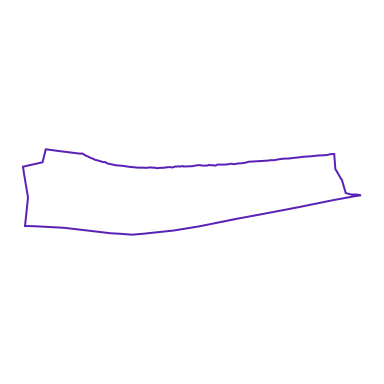 San Mateo del Mar, Oaxaca, Mexico
{"feature_id": "50627088B86226245749853", "entity_name": "San Mateo del Mar", "entity_type": "district", "adm_level": 2, "iso_a3": "MEX", "parent_name": "Mexico", "parent_adm1": "Oaxaca", "projection": "albers", "projection_center": [-95.034, 16.21], "detail": "fine", "context": "isolated", "style": "outline", "palette": "violet", "viewbox_px": 384, "rotation_deg": 0, "n_neighbors": 0, "source": "geoboundaries", "source_scale": "gbopen_adm2", "svg_char_len": 1877}
<svg xmlns="http://www.w3.org/2000/svg" viewBox="0 0 384 384"><path d="M24.2,174.9L28.0,197.4L25.2,224.2L25.0,226.0L34.1,226.2L51.0,227.1L64.1,227.8L96.7,231.6L111.1,233.3L120.4,233.8L132.1,234.7L143.7,233.7L173.8,230.5L198.4,226.5L236.6,218.8L263.2,213.9L300.0,206.9L317.1,203.4L333.8,200.0L353.6,196.4L361.0,195.3L356.8,194.5L351.2,194.5L345.7,193.0L345.6,192.6L341.8,179.5L341.2,179.2L341.1,178.9L335.3,168.9L334.3,154.9L334.2,154.0L330.8,154.1L326.6,155.1L323.0,155.3L318.0,155.5L311.0,156.3L304.3,156.7L297.7,157.5L292.8,158.0L289.9,158.4L287.9,158.6L285.6,158.5L282.5,158.8L280.0,159.1L277.4,159.5L274.8,160.1L272.2,160.2L270.0,160.2L268.4,160.6L266.0,160.7L263.3,160.9L249.2,161.7L248.1,161.9L246.7,162.3L245.3,162.8L244.1,162.9L243.0,163.1L241.4,163.3L238.1,163.4L237.0,163.7L235.2,164.0L233.5,164.2L231.5,163.7L229.2,164.1L226.0,164.5L223.4,164.6L220.0,164.6L219.4,164.6L217.4,164.6L215.3,165.7L213.3,165.2L211.2,165.3L209.1,164.9L207.5,165.5L205.9,165.6L203.7,165.6L202.1,165.6L200.0,165.1L198.5,165.1L194.7,165.7L192.4,166.2L186.3,166.4L183.4,166.5L182.9,166.1L182.3,166.2L181.4,166.3L179.7,166.6L178.8,166.3L177.9,166.4L176.8,166.6L175.4,166.4L174.6,166.8L173.4,167.2L172.2,167.5L170.5,167.1L169.0,167.1L167.8,167.2L165.2,167.5L163.2,167.9L162.3,167.8L161.2,167.8L159.8,167.9L158.6,168.0L157.1,168.2L155.6,167.9L153.9,167.6L152.3,167.7L150.8,167.4L149.6,167.5L148.0,167.7L146.0,167.8L143.4,167.7L138.5,167.7L136.5,167.5L134.8,167.4L133.0,167.1L130.5,167.0L128.6,166.7L127.8,166.6L122.5,165.8L118.6,165.5L115.7,165.3L113.5,164.7L111.2,164.3L109.5,163.9L107.6,163.5L107.0,163.3L105.5,162.2L102.9,162.0L100.7,161.3L99.2,160.9L97.3,160.3L95.3,159.9L92.7,158.6L91.3,158.2L88.0,156.5L86.3,155.9L85.1,155.1L83.8,154.5L82.9,153.8L82.4,153.5L81.2,153.6L80.3,153.7L59.5,151.1L45.8,149.3L42.5,162.3L23.0,166.7L24.2,174.9Z" fill="none" stroke="#5b21b6" stroke-width="2"/></svg>